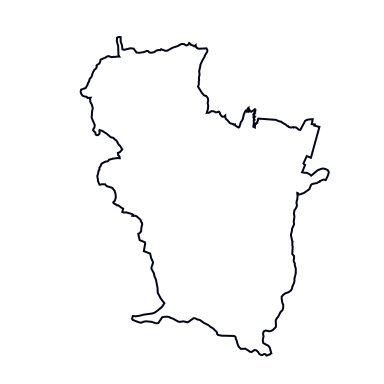 the district of Burjuc, Hunedoara, Romania, rotated 282°
{"feature_id": "2599482B33280510727710", "entity_name": "Burjuc", "entity_type": "district", "adm_level": 2, "iso_a3": "ROU", "parent_name": "Romania", "parent_adm1": "Hunedoara", "projection": "equal_earth", "projection_center": [22.496, 45.972], "detail": "fine", "context": "isolated", "style": "outline", "palette": "ink", "viewbox_px": 384, "rotation_deg": 282, "n_neighbors": 0, "source": "geoboundaries", "source_scale": "gbopen_adm2", "svg_char_len": 5980}
<svg xmlns="http://www.w3.org/2000/svg" viewBox="0 0 384 384"><g transform="rotate(282 192 192)"><path d="M250.2,301.2L282.1,303.1L282.4,297.8L283.6,298.0L283.3,295.0L288.3,294.9L287.2,291.0L286.3,289.3L285.2,287.9L275.3,285.1L275.1,283.8L276.8,280.2L276.6,278.6L276.2,278.2L276.6,277.6L275.6,275.5L275.7,273.0L276.3,272.5L276.4,271.4L277.4,269.8L278.6,265.9L279.3,264.8L279.3,262.2L280.0,259.0L277.6,241.7L276.9,241.3L275.6,241.7L273.8,241.1L273.2,241.4L272.2,240.6L272.7,240.4L271.4,239.1L270.7,239.3L270.6,239.7L268.2,240.1L268.6,238.4L272.0,238.2L275.0,237.5L275.6,238.2L276.4,237.3L277.8,237.6L277.4,237.1L277.6,236.7L278.6,236.4L279.3,236.8L279.5,236.3L280.4,236.3L282.0,237.2L282.1,236.9L282.8,236.9L282.5,236.5L284.4,237.1L285.8,236.9L286.0,236.5L284.8,235.9L284.9,235.7L286.4,236.3L285.1,235.6L282.8,233.3L282.9,232.2L283.8,231.5L283.4,231.5L283.4,231.1L282.9,230.8L282.5,231.0L282.3,230.7L283.0,230.5L282.8,229.7L285.8,229.6L285.3,229.2L282.1,228.7L282.8,227.7L281.4,227.1L278.5,226.6L273.7,226.5L270.9,225.6L270.7,225.3L265.5,224.8L265.4,224.4L264.8,224.2L264.9,223.4L266.1,220.3L267.0,219.9L266.6,219.5L266.5,218.9L266.7,218.1L267.0,218.0L267.1,215.4L267.4,214.5L268.2,213.7L268.6,212.8L269.1,212.5L270.5,210.0L271.9,209.0L273.6,208.6L272.7,208.0L272.2,207.2L272.0,206.1L272.2,205.4L273.9,203.4L274.7,203.1L276.1,201.9L276.2,201.4L275.4,200.4L274.9,198.9L275.4,196.5L275.2,194.3L273.0,192.1L272.9,190.9L272.5,190.0L276.4,190.3L279.9,189.9L282.1,188.9L285.2,188.7L286.8,188.1L287.5,187.6L288.9,185.8L289.0,183.8L290.9,181.2L296.3,176.0L298.7,176.3L301.1,175.7L303.0,175.7L305.0,175.0L308.2,175.0L312.1,173.8L314.7,174.0L315.6,173.8L316.1,174.0L318.2,173.8L322.5,174.7L326.7,176.1L328.4,176.3L332.3,177.7L333.8,177.6L335.5,176.3L333.7,169.5L333.5,168.1L333.8,167.2L334.2,166.9L334.2,166.4L334.6,165.9L335.2,165.7L335.2,165.0L336.3,164.9L335.0,163.8L335.4,163.1L335.7,160.3L336.5,159.7L337.1,158.3L335.7,158.1L334.3,156.4L334.3,155.5L335.0,153.3L334.6,151.0L332.7,148.6L332.1,148.2L329.0,142.9L325.0,138.4L324.6,136.5L325.0,133.2L325.3,132.4L325.2,132.0L324.1,131.4L323.9,129.7L322.9,127.7L321.0,126.0L319.8,123.3L319.6,121.3L320.7,119.9L320.6,118.4L318.9,116.0L317.2,111.5L316.9,108.7L320.1,105.1L319.8,101.9L317.0,96.1L317.1,94.3L321.2,92.9L324.1,91.0L328.7,90.0L328.4,88.1L327.4,86.6L324.2,87.1L322.1,87.9L319.9,89.3L311.0,91.5L309.3,92.8L308.7,89.9L308.1,88.8L308.0,87.4L307.4,86.0L307.2,84.9L307.6,82.2L306.5,80.1L305.5,79.5L302.8,75.4L302.0,75.0L300.4,75.1L298.4,74.7L296.5,72.7L295.7,72.3L294.7,72.9L292.4,72.2L291.4,71.2L288.3,70.2L283.9,69.8L281.3,68.4L278.3,68.3L277.4,67.7L275.2,67.5L271.6,66.4L269.1,62.3L267.1,62.2L265.3,63.0L263.4,65.0L263.1,66.9L263.2,69.3L262.3,70.2L263.1,73.2L261.9,72.8L260.7,73.4L259.1,73.7L256.7,75.8L253.4,77.5L250.1,77.5L243.8,78.4L237.2,83.0L234.6,83.1L232.6,82.3L231.8,82.4L229.9,85.1L228.1,86.0L227.8,87.4L228.3,88.4L229.6,89.3L231.0,89.3L232.9,88.6L233.4,88.7L233.1,91.5L231.2,96.6L228.7,101.1L228.6,103.9L227.5,105.3L226.6,107.4L223.0,110.5L222.2,112.1L219.1,114.9L215.8,113.0L214.9,111.4L212.6,112.2L211.8,113.6L210.0,114.3L209.7,112.0L208.4,108.3L206.3,104.0L205.2,103.8L204.2,102.7L203.7,100.9L200.8,97.6L198.0,97.1L196.7,96.4L194.4,96.8L193.8,96.2L189.7,96.3L188.0,96.0L184.3,97.5L183.2,97.7L180.0,100.0L180.2,101.2L180.8,102.0L181.5,105.3L180.0,107.3L179.5,113.1L177.0,116.1L174.2,117.6L171.0,118.6L167.6,118.4L165.5,117.1L165.1,117.3L164.4,118.4L164.2,119.7L163.3,121.4L163.7,122.4L163.6,122.7L161.8,126.6L161.4,128.1L157.9,128.0L157.8,129.4L158.4,132.4L157.9,138.3L157.5,138.8L156.9,138.7L157.3,139.3L157.1,139.6L156.4,139.7L157.0,141.5L156.7,142.9L154.2,147.3L151.8,148.8L151.5,149.4L150.2,150.0L146.6,149.9L143.0,150.4L140.8,149.3L139.8,148.1L134.1,150.8L133.0,156.4L132.1,156.9L124.1,157.2L123.1,163.8L118.9,165.8L115.6,168.2L114.5,168.6L109.5,168.0L108.2,168.5L104.6,171.6L101.4,173.0L98.9,174.9L91.0,178.2L86.2,179.5L81.3,183.6L77.5,188.1L73.8,186.7L72.0,185.5L68.5,182.7L66.1,180.4L64.9,178.4L62.0,170.3L60.0,166.3L58.7,162.7L58.4,159.9L55.5,159.7L54.6,160.6L53.5,167.1L53.5,168.9L53.8,169.9L54.9,171.3L55.6,172.9L56.0,174.2L56.6,179.5L56.1,184.1L56.3,184.7L56.8,186.3L63.3,188.9L64.4,191.6L64.9,194.0L64.9,195.9L64.4,197.3L64.2,199.6L62.5,205.0L62.3,206.7L63.7,210.5L63.6,214.7L64.3,215.6L68.9,219.8L69.1,221.2L68.4,224.2L68.5,226.1L66.5,230.7L65.2,235.7L63.8,238.4L63.0,240.9L60.1,245.4L58.1,246.3L57.6,247.2L57.6,250.7L59.9,263.0L59.6,264.2L59.1,264.8L57.1,265.6L56.1,266.5L53.6,267.7L50.4,269.8L48.7,272.5L49.8,276.7L48.4,280.7L47.9,281.4L47.8,282.6L48.0,283.7L50.4,285.9L50.5,287.8L49.4,289.7L47.5,291.6L46.9,293.7L47.1,294.6L48.4,296.1L48.6,296.9L48.5,297.6L47.5,298.8L47.6,299.3L48.5,300.4L49.4,302.1L50.5,302.6L50.7,303.1L56.0,300.4L57.3,298.8L57.8,297.7L58.1,296.1L59.2,293.0L61.9,292.0L65.7,292.0L67.9,291.0L69.4,291.0L70.7,291.3L71.8,292.8L71.8,296.4L72.0,297.2L73.5,299.5L77.1,302.0L78.9,301.9L83.4,300.7L84.3,300.7L86.4,301.3L87.5,302.1L92.8,303.5L95.2,305.0L97.5,305.3L100.9,304.6L101.7,303.8L102.4,303.4L106.2,301.9L108.3,301.5L110.3,302.6L112.2,304.2L114.0,307.2L115.9,309.0L116.7,309.4L118.2,309.9L120.0,309.8L124.4,310.7L126.7,310.7L128.3,310.2L134.0,310.4L138.5,309.5L141.7,307.8L143.6,307.4L145.0,306.1L146.2,305.7L148.9,305.6L150.8,304.9L151.9,303.3L152.4,302.9L159.3,301.9L161.0,301.2L163.8,300.6L164.6,300.6L165.0,300.1L170.5,297.7L175.1,297.8L176.9,297.5L181.5,298.6L184.1,297.7L189.4,297.3L191.9,296.2L195.2,296.0L198.3,297.2L200.4,297.5L203.4,296.4L204.9,296.3L206.4,296.5L209.9,296.1L211.8,295.5L211.8,295.8L212.1,295.7L213.0,295.3L213.0,295.7L211.7,296.7L211.8,297.5L214.3,301.7L219.2,306.2L223.4,306.9L224.7,307.7L226.8,312.4L227.9,313.5L228.5,314.7L229.2,314.7L231.3,317.8L231.6,318.4L231.4,320.3L235.9,321.4L239.5,321.8L241.1,320.8L241.7,319.8L242.2,318.0L242.3,315.8L241.6,313.7L239.5,310.5L232.8,305.2L233.7,303.6L234.4,301.3L234.6,300.0L234.2,298.0L234.2,295.6L242.0,297.0L242.3,296.1L243.2,295.1L251.0,296.8L250.2,301.2Z" fill="none" stroke="#020617" stroke-width="2"/></g></svg>